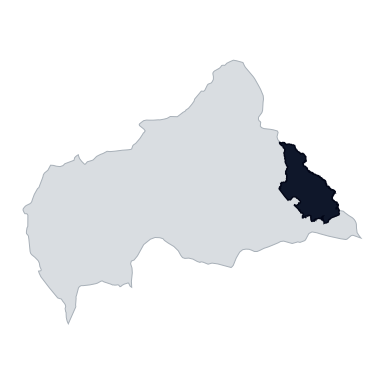 Djéma, Haut-Mbomou, Central African Republic shown in context
{"feature_id": "33826404B9662788023259", "entity_name": "Djéma", "entity_type": "district", "adm_level": 2, "iso_a3": "CAF", "parent_name": "Central African Republic", "parent_adm1": "Haut-Mbomou", "projection": "natural_earth1", "projection_center": [25.567, 6.936], "detail": "fine", "context": "in_parent", "style": "filled", "palette": "ink", "viewbox_px": 384, "rotation_deg": 0, "n_neighbors": 0, "source": "geoboundaries", "source_scale": "gbopen_adm2", "svg_char_len": 9431}
<svg xmlns="http://www.w3.org/2000/svg" viewBox="0 0 384 384"><path d="M273.6,129.9L277.4,131.0L278.1,132.4L277.0,136.8L277.8,139.6L279.9,142.0L282.1,143.0L284.2,143.5L291.5,145.0L294.5,146.6L298.5,151.8L303.6,156.6L304.8,159.1L304.6,161.4L303.1,164.1L303.3,165.3L305.6,168.1L308.3,170.9L313.1,174.1L321.5,179.0L325.3,182.3L326.6,184.8L328.8,187.6L331.8,190.1L333.8,192.0L332.4,197.4L332.8,199.2L333.6,200.8L335.3,202.9L336.0,205.6L337.8,209.1L339.8,210.6L343.3,211.2L345.1,212.8L348.9,215.6L352.6,217.9L354.2,219.5L355.2,221.0L356.0,222.7L356.4,224.4L356.5,228.1L357.1,232.6L359.1,235.7L361.0,238.1L353.4,235.4L352.3,235.3L351.0,235.8L347.1,239.1L345.8,239.5L340.9,238.8L328.9,236.2L319.7,233.7L316.9,232.8L312.0,231.9L308.8,233.6L305.7,239.5L304.8,240.6L300.0,242.4L297.8,241.9L292.2,243.5L283.7,241.1L280.6,241.5L278.2,242.8L272.0,245.4L268.3,246.9L264.0,248.3L259.8,250.4L257.1,251.5L254.4,251.5L251.9,250.3L249.2,249.3L246.0,249.1L242.7,249.7L239.8,252.0L238.7,253.7L236.2,258.1L233.3,265.3L232.1,266.7L231.1,267.5L217.7,263.9L212.0,263.1L208.1,264.2L203.2,262.2L201.0,261.8L200.0,262.4L197.3,261.5L192.9,259.1L188.7,258.1L184.9,258.4L182.5,257.6L180.7,255.2L178.3,250.8L173.9,246.5L168.1,243.0L164.4,240.4L163.0,238.7L159.8,237.7L155.0,237.5L150.4,239.2L143.7,244.6L137.5,255.8L134.1,260.0L131.3,261.1L130.6,263.8L132.0,268.0L132.3,272.9L131.4,281.3L131.7,287.3L130.2,286.3L128.8,283.5L128.2,282.9L124.1,284.2L122.0,285.4L120.8,286.5L120.0,286.7L118.7,285.1L117.7,284.8L116.1,285.1L114.4,285.1L113.4,284.9L112.7,285.0L110.7,284.1L103.7,281.8L102.5,281.0L101.1,281.1L97.5,283.1L95.6,283.7L89.8,284.9L83.6,285.6L81.2,285.6L79.6,286.5L78.5,287.8L76.5,295.4L76.0,296.8L76.1,298.7L75.6,304.9L75.8,306.8L68.3,323.8L67.1,321.0L66.3,317.6L66.1,313.8L66.2,312.8L65.7,311.7L65.1,308.6L65.7,306.6L65.2,304.5L63.8,302.5L62.5,300.9L61.7,299.5L61.1,298.9L59.7,298.6L57.7,297.9L49.5,288.0L40.9,276.8L39.2,273.2L38.5,271.1L40.6,270.8L41.1,270.4L41.2,269.5L39.9,266.6L39.3,263.0L38.2,260.7L34.9,257.3L31.7,254.7L30.7,253.4L30.1,251.5L28.9,239.4L28.4,236.0L27.4,234.5L26.6,233.8L26.4,232.9L26.5,230.8L26.9,228.8L26.9,228.1L27.8,226.4L27.9,215.2L26.8,213.7L24.9,213.7L23.9,212.1L23.0,210.0L23.3,208.6L25.2,206.3L26.4,205.4L30.1,203.6L31.1,202.7L31.8,201.6L32.2,200.1L34.3,194.4L37.5,188.7L38.9,187.5L42.1,179.1L42.9,176.9L43.4,174.7L44.5,173.0L47.9,170.2L50.6,165.2L53.4,165.4L56.4,166.2L60.1,166.6L63.0,165.6L64.9,163.7L74.0,160.3L74.7,157.6L76.1,156.2L77.8,155.0L78.4,154.8L78.5,155.7L79.5,158.5L81.6,161.3L84.6,164.3L85.4,164.1L87.3,161.8L92.1,160.4L93.3,159.8L96.6,156.4L100.7,154.3L103.0,153.5L107.1,151.3L110.0,151.6L114.7,151.2L122.5,150.2L128.1,149.8L130.9,149.4L131.7,148.9L132.8,145.7L133.6,144.8L135.7,143.4L139.9,138.5L142.6,134.4L143.4,132.9L144.0,132.7L145.2,130.9L144.0,129.2L139.4,125.5L139.5,125.0L139.2,124.4L139.5,123.9L141.3,122.4L143.6,120.7L146.2,120.1L152.8,120.2L158.5,119.8L159.8,119.9L164.2,119.1L167.2,118.3L170.3,116.5L177.3,116.7L183.2,112.2L184.8,111.4L185.6,110.7L185.8,110.1L188.5,108.3L191.6,104.6L194.0,101.3L194.7,99.0L201.3,91.1L203.6,91.3L204.8,90.3L207.4,85.0L208.2,84.1L211.0,83.1L212.3,81.6L213.4,79.3L213.4,76.4L212.9,74.1L212.9,73.0L213.5,71.9L214.6,70.9L219.6,68.1L220.9,66.7L221.7,65.5L223.1,65.2L224.6,65.4L225.6,64.6L226.7,63.3L230.1,61.6L233.4,60.2L236.7,60.8L242.9,62.5L244.7,66.3L245.6,67.6L253.1,76.5L254.6,78.6L258.3,85.1L260.6,89.4L263.2,95.7L263.5,99.1L263.1,102.0L262.6,110.3L261.9,112.6L258.6,117.1L258.4,119.1L259.1,120.8L260.1,121.4L260.7,122.3L260.3,126.1L261.5,127.6L264.0,128.6L270.3,129.3L273.6,129.9Z" fill="#d9dde1" stroke="#a8b0b8" stroke-width="1"/><path d="M339.2,210.3L338.8,210.1L338.9,209.7L338.4,209.3L338.4,208.4L338.1,208.1L338.0,207.7L337.8,207.7L337.0,208.1L336.7,208.3L336.2,209.0L336.0,208.9L336.0,208.6L336.3,207.6L337.3,206.9L337.5,206.6L337.9,206.5L338.3,205.4L338.2,204.4L338.0,204.1L337.9,204.1L337.4,204.6L336.6,204.6L336.6,204.4L337.1,202.7L337.0,202.4L336.5,202.3L336.2,202.1L336.1,202.3L335.7,201.9L335.5,202.0L334.7,201.8L334.4,201.5L334.2,201.5L334.2,201.0L334.0,200.6L333.2,200.3L332.9,199.9L332.6,199.9L332.4,199.5L332.2,199.4L332.3,198.4L332.3,197.3L331.9,197.1L332.0,196.5L332.1,196.4L332.6,196.4L332.9,196.0L332.7,195.9L332.7,195.7L333.0,195.5L333.0,195.2L333.2,194.9L333.6,194.7L333.5,194.4L333.6,193.7L334.2,193.7L334.3,193.2L334.2,192.8L334.9,192.5L335.1,192.6L335.0,192.3L335.2,191.7L335.2,191.4L334.8,191.2L334.5,191.1L334.3,190.6L334.1,190.7L333.7,190.5L333.4,190.6L333.2,190.4L333.1,189.8L332.9,189.7L332.5,189.7L331.3,190.1L331.1,190.1L331.0,189.8L331.1,189.5L330.9,189.2L330.8,188.8L330.5,188.6L330.3,188.7L329.9,188.7L329.2,188.3L329.0,188.0L329.2,187.7L328.9,187.7L329.0,186.9L328.9,186.6L328.5,186.5L328.3,186.3L328.1,186.3L327.7,186.5L327.5,186.4L327.2,186.5L326.9,186.0L326.6,185.9L326.4,185.5L326.4,184.8L326.4,184.4L326.6,184.2L326.4,183.9L326.0,183.9L325.8,183.3L325.5,183.3L325.4,183.2L325.4,182.9L325.8,182.7L325.9,182.3L325.6,182.0L325.7,181.5L325.4,180.9L325.0,180.5L324.3,180.6L324.2,180.5L324.0,180.1L324.1,179.9L323.7,179.7L322.8,179.7L322.6,179.6L322.6,179.1L322.0,179.1L321.8,179.0L321.8,178.7L322.0,178.5L322.0,178.4L321.7,178.2L321.6,177.9L320.9,177.7L320.7,177.7L320.2,177.6L319.6,177.4L319.6,177.2L320.0,176.7L319.9,176.4L319.7,176.3L318.9,176.3L318.6,176.1L318.1,176.1L318.0,175.9L318.1,175.6L317.6,175.5L317.2,175.7L316.7,175.1L316.3,175.1L315.5,174.9L315.4,174.8L315.2,174.4L314.9,174.5L314.4,174.3L313.9,174.4L313.8,173.8L313.6,173.6L313.4,173.8L313.2,173.9L313.1,173.2L312.9,173.1L312.5,173.3L312.3,172.6L311.9,172.6L311.7,172.5L311.5,172.9L311.2,172.6L310.9,172.8L310.7,172.5L310.5,172.3L310.3,172.4L310.2,172.4L310.3,171.9L310.2,171.8L310.0,171.6L309.7,171.8L309.7,171.5L309.0,170.7L308.9,170.7L308.6,170.8L308.5,171.0L308.4,170.7L307.9,170.5L307.5,169.7L307.4,169.0L307.2,168.7L307.2,168.1L306.7,167.9L306.4,168.1L306.3,167.6L305.9,167.1L305.8,166.8L305.5,166.7L305.3,166.4L304.6,166.5L304.1,166.0L303.9,166.3L303.5,166.0L303.5,165.3L303.3,164.9L303.4,164.6L303.1,164.1L303.1,163.8L302.8,163.6L302.8,163.3L303.0,163.3L303.3,162.8L303.7,162.8L303.9,162.2L304.4,162.3L304.3,161.8L304.4,161.7L304.9,161.9L305.3,161.5L305.5,161.5L305.9,161.3L305.9,161.1L305.6,160.8L306.1,160.8L306.1,160.5L306.1,160.2L305.8,160.1L305.7,159.6L305.7,159.3L305.6,158.7L305.8,158.3L305.8,157.8L305.7,157.1L305.8,156.6L305.7,156.5L305.4,156.8L305.3,156.7L305.1,156.3L305.1,156.1L304.9,155.9L304.8,155.4L304.2,154.8L304.1,154.4L303.7,154.4L302.9,153.4L302.5,153.4L302.3,153.5L301.7,153.5L301.3,153.6L301.0,153.8L300.5,153.9L300.2,153.2L299.6,152.4L297.4,151.4L297.2,150.8L296.8,150.1L296.1,149.8L295.8,149.5L295.7,148.9L295.2,147.9L295.0,147.1L294.9,146.4L294.6,145.5L294.0,145.4L293.2,144.9L292.8,145.1L292.2,145.1L291.9,145.0L291.7,144.6L291.0,144.4L290.2,144.5L289.5,144.1L288.7,144.1L287.4,144.3L286.8,144.6L286.4,144.6L286.1,144.3L285.6,144.2L285.4,143.8L284.9,143.7L284.8,143.4L284.6,142.7L283.9,142.6L282.7,142.5L282.1,142.8L281.9,143.2L281.6,143.3L280.9,142.7L279.6,142.5L279.7,143.6L281.7,145.6L282.4,145.8L283.1,146.2L283.2,147.4L283.3,147.7L283.8,147.9L284.2,148.6L284.6,148.8L284.9,149.3L284.7,150.8L284.4,152.4L283.9,153.0L284.3,153.7L284.4,155.8L285.0,157.5L284.8,158.7L285.5,160.2L285.2,161.4L285.4,162.5L285.7,163.3L286.0,163.6L286.5,165.2L286.9,165.7L286.9,165.9L287.1,166.2L287.6,166.5L287.8,166.8L287.6,167.2L287.1,168.8L286.7,168.9L286.7,169.6L286.3,170.5L286.0,170.8L285.7,171.6L285.7,172.1L285.9,173.1L285.7,173.4L285.7,173.8L285.8,174.0L286.2,173.8L286.5,173.9L286.5,174.1L286.4,174.6L286.5,174.9L286.9,175.1L287.0,175.5L286.7,176.3L286.8,177.5L286.5,178.6L286.7,179.7L286.8,180.5L286.4,181.4L285.9,181.1L285.4,182.1L284.7,182.4L284.3,182.4L283.8,182.2L283.4,182.2L283.0,182.3L282.5,182.6L282.2,182.7L281.7,182.5L281.5,182.9L281.3,183.3L280.7,183.4L280.9,184.3L281.3,184.8L281.3,185.0L280.9,185.1L280.8,185.4L280.9,185.9L280.8,186.3L280.4,186.6L279.9,186.7L279.7,187.0L280.1,187.4L280.1,187.6L280.4,187.9L280.5,188.2L280.4,188.3L280.1,188.4L279.5,188.2L279.2,188.3L279.2,188.9L284.7,196.2L288.0,200.1L288.3,199.7L288.7,199.6L290.5,199.8L292.8,196.9L294.1,196.8L295.7,196.8L296.7,198.1L297.7,198.4L299.4,200.2L300.1,200.6L300.5,201.7L300.3,202.7L299.9,203.0L298.7,203.0L298.5,204.5L297.4,204.9L296.8,205.6L296.3,205.5L294.6,204.8L294.4,205.3L298.3,209.0L298.8,210.0L299.3,209.8L299.7,209.9L299.8,210.4L299.7,211.1L300.6,211.8L300.8,212.6L301.1,213.0L302.5,212.8L303.4,214.6L302.5,215.9L302.5,217.8L302.8,217.9L303.2,217.8L303.3,217.3L303.6,216.9L303.9,217.0L304.3,217.1L304.9,217.0L305.5,217.5L305.8,217.5L305.9,217.3L305.9,217.0L305.8,216.8L305.6,216.8L305.4,216.6L305.4,216.4L305.6,216.3L305.8,216.4L306.0,216.3L306.2,215.9L307.2,215.8L307.7,216.1L307.9,215.9L308.0,215.4L308.5,215.3L308.9,215.6L309.4,215.4L310.0,215.6L310.6,215.7L310.9,216.1L310.8,217.2L311.0,219.9L311.7,221.3L312.0,221.4L312.8,220.8L313.4,220.7L313.8,221.2L314.2,221.2L314.5,220.8L314.4,219.7L315.4,219.1L315.9,219.9L316.3,218.8L317.6,218.7L318.7,218.2L319.4,218.3L320.0,218.7L320.6,218.4L321.7,219.6L321.6,217.4L322.6,216.3L323.4,216.1L322.5,217.7L323.2,218.9L323.2,220.1L324.0,221.5L324.1,223.3L324.6,223.0L325.0,223.1L325.6,222.7L326.2,222.9L327.1,222.5L327.4,222.1L328.0,222.1L328.7,220.2L328.7,219.8L329.9,219.2L331.0,218.1L331.7,217.7L332.3,217.4L333.0,217.2L333.6,216.9L334.4,216.7L335.3,216.2L336.0,216.1L338.0,215.1L338.7,215.0L339.3,213.8L339.0,213.2L338.8,212.4L339.2,210.3Z" fill="#0f172a" stroke="#020617" stroke-width="1.5"/></svg>